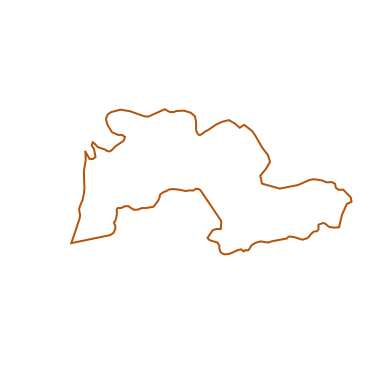 map outline of Ondo (orthographic projection), rotated 56°
{"feature_id": "NGA-2853", "entity_name": "Ondo", "entity_type": "State", "adm_level": 1, "iso_a3": "NGA", "parent_name": "Nigeria", "parent_adm1": "", "projection": "orthographic", "projection_center": [5.19, 6.813], "detail": "fine", "context": "isolated", "style": "outline", "palette": "amber", "viewbox_px": 384, "rotation_deg": 56, "n_neighbors": 0, "source": "natural_earth", "source_scale": "10m", "svg_char_len": 2232}
<svg xmlns="http://www.w3.org/2000/svg" viewBox="0 0 384 384"><g transform="rotate(56 192 192)"><path d="M166.9,320.6L151.3,300.2L148.6,297.7L143.3,295.4L140.9,292.6L137.5,287.3L132.9,282.5L128.8,279.1L118.7,272.8L114.3,270.0L106.1,262.3L101.0,259.0L98.9,258.0L99.0,257.8L107.1,258.5L109.2,256.0L109.0,252.4L101.6,249.2L97.6,249.2L95.3,246.5L97.4,245.7L101.8,245.1L108.6,240.1L110.7,239.4L112.2,237.7L112.5,235.9L111.3,229.7L111.3,220.1L108.8,216.7L105.5,218.2L103.4,221.3L97.6,224.9L90.7,224.6L88.5,224.3L84.3,222.9L82.5,221.6L80.5,218.1L80.6,214.1L83.8,205.2L90.5,198.1L102.5,189.3L105.1,186.0L108.1,168.4L113.2,165.7L115.3,162.8L116.3,159.4L120.0,153.2L125.6,148.7L130.9,147.2L135.9,149.3L142.6,153.7L144.2,154.4L147.8,154.7L149.2,153.7L149.5,150.8L149.2,147.7L149.6,144.1L149.6,134.0L150.7,127.6L153.0,121.3L158.9,118.3L165.4,116.5L165.5,111.2L174.8,108.1L179.8,107.9L194.4,109.0L203.9,108.4L210.6,110.5L213.9,117.0L216.7,126.3L224.2,129.3L238.2,117.4L245.5,100.3L247.8,87.6L249.6,83.7L255.4,77.4L258.9,75.4L260.5,73.1L261.8,70.7L265.2,68.8L268.9,70.4L272.2,69.2L274.6,65.3L285.3,63.4L289.3,65.2L288.5,70.4L295.1,80.8L303.5,89.8L301.1,93.9L298.0,97.6L296.4,98.3L292.8,99.2L291.0,100.7L289.8,105.4L293.7,108.0L294.4,110.3L292.9,113.2L293.5,117.4L294.3,119.3L294.7,122.3L293.5,126.7L291.7,128.6L289.5,130.0L286.2,132.9L283.3,136.2L283.2,138.0L283.6,139.3L277.5,153.4L276.7,156.6L274.9,159.0L271.3,162.7L269.7,167.5L269.4,172.2L271.3,176.3L271.7,177.9L271.2,179.1L270.6,179.4L270.0,180.3L270.1,182.4L267.1,183.2L265.8,186.5L264.3,195.1L263.6,196.9L261.7,200.1L260.3,201.1L258.0,201.9L253.8,200.9L252.0,199.4L248.2,199.1L241.7,204.4L238.7,204.8L235.2,196.0L236.5,192.2L238.8,188.9L232.6,184.0L195.3,184.0L193.1,185.0L191.5,186.8L191.5,190.2L189.3,193.1L187.6,196.8L182.9,201.3L178.7,206.4L177.2,209.3L176.7,213.6L176.2,215.5L176.2,219.7L176.9,220.8L178.0,221.4L180.3,225.0L182.7,232.1L179.5,239.2L177.3,242.5L176.4,246.5L174.5,249.8L171.1,251.6L168.2,252.6L166.4,255.4L165.7,259.4L164.9,261.0L164.0,261.9L163.8,262.9L164.5,264.3L167.2,265.8L170.5,268.6L173.2,271.9L173.6,273.7L174.8,274.2L176.4,274.2L178.0,275.0L179.5,276.0L182.0,279.9L181.9,284.1L167.0,320.4L166.9,320.6Z" fill="none" stroke="#b45309" stroke-width="2"/></g></svg>